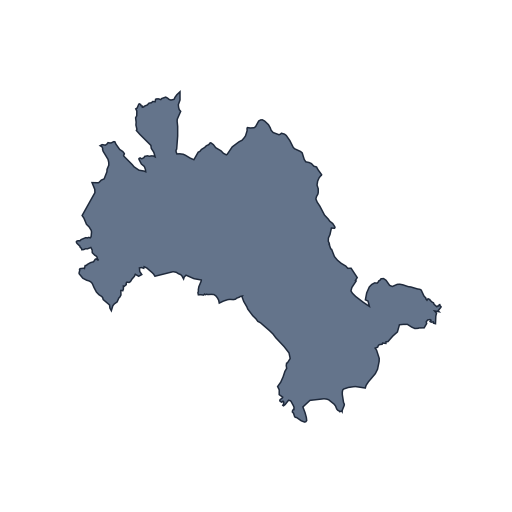 Xochiatipan, Hidalgo, Mexico, rotated 119°
{"feature_id": "50627088B51717309851440", "entity_name": "Xochiatipan", "entity_type": "district", "adm_level": 2, "iso_a3": "MEX", "parent_name": "Mexico", "parent_adm1": "Hidalgo", "projection": "natural_earth1", "projection_center": [-98.279, 20.863], "detail": "fine", "context": "isolated", "style": "filled", "palette": "slate", "viewbox_px": 512, "rotation_deg": 119, "n_neighbors": 0, "source": "geoboundaries", "source_scale": "gbopen_adm2", "svg_char_len": 6115}
<svg xmlns="http://www.w3.org/2000/svg" viewBox="0 0 512 512"><g transform="rotate(119 256 256)"><path d="M205.7,95.0L205.7,96.5L206.5,98.7L208.0,105.5L209.0,108.0L210.0,113.6L211.0,116.6L212.3,118.7L216.6,122.0L216.9,124.9L214.2,130.5L213.9,133.5L215.3,135.6L217.3,135.9L218.3,136.6L219.7,136.5L221.0,136.9L222.0,139.2L224.8,141.0L228.2,141.9L234.6,141.3L241.3,139.1L241.1,136.2L245.1,132.4L244.5,139.7L243.1,149.2L241.8,153.7L240.5,156.0L237.1,156.9L229.3,156.3L229.2,157.2L225.8,157.0L220.6,166.9L222.3,169.8L221.3,172.5L221.1,178.0L220.2,182.7L218.5,187.1L213.5,193.1L213.5,194.1L210.5,197.5L210.4,197.3L209.3,198.2L208.1,199.9L205.1,201.4L201.4,201.7L195.0,203.6L193.7,200.8L192.9,200.7L192.2,201.3L190.4,204.6L189.8,208.4L188.7,210.6L187.0,215.9L181.4,224.4L179.3,228.5L177.1,231.3L174.7,231.9L171.7,231.9L170.0,232.5L167.0,234.2L164.4,237.0L160.6,238.4L157.1,238.7L154.4,238.3L153.9,237.9L153.1,238.0L150.3,243.9L148.8,246.2L149.4,249.0L148.3,252.3L148.5,254.9L149.5,258.1L148.2,260.6L143.4,265.6L143.0,267.7L143.5,274.3L142.9,276.2L138.7,282.3L135.9,288.0L135.6,290.2L136.3,293.3L137.6,293.7L138.8,294.7L139.7,300.9L138.7,303.7L136.9,305.8L135.1,308.8L133.8,313.8L133.8,316.4L134.6,317.8L136.6,319.1L143.0,319.1L144.7,319.8L146.8,323.0L147.8,325.7L148.5,325.8L150.8,324.5L156.1,323.4L158.6,323.7L161.5,324.3L164.3,326.2L172.1,329.7L181.1,330.5L181.9,331.0L182.0,334.3L181.0,337.5L180.8,343.8L179.3,347.2L178.9,350.2L179.2,350.9L181.5,351.3L183.7,352.9L185.9,353.5L189.3,355.4L191.7,355.8L193.2,356.9L201.9,357.0L202.3,361.1L202.1,366.6L202.3,369.0L203.6,372.3L205.1,374.7L203.6,376.4L202.3,377.2L201.0,377.2L189.2,382.6L180.7,387.3L176.4,390.3L174.5,391.2L166.0,392.0L165.2,394.1L163.6,395.7L161.3,397.3L156.4,398.1L149.2,402.1L153.3,403.4L156.6,403.8L158.5,403.6L159.0,403.9L160.9,406.1L161.2,408.0L160.8,409.8L160.8,412.0L164.1,414.9L165.4,415.1L165.8,417.4L166.8,419.1L167.6,419.8L170.0,419.0L170.9,421.2L172.7,421.8L174.2,423.7L176.6,424.3L179.0,426.2L180.2,426.5L181.0,427.5L180.0,428.0L180.3,429.5L179.4,430.3L179.5,431.9L180.2,432.1L184.2,431.7L185.6,432.5L186.9,430.6L188.3,429.8L191.2,428.3L193.5,428.3L197.1,425.7L199.7,424.5L202.9,421.6L204.2,421.5L205.9,416.7L210.2,401.6L212.6,399.8L214.9,395.6L218.2,392.3L218.3,394.3L219.2,396.1L220.5,397.6L221.0,399.5L222.9,401.7L224.1,401.6L225.9,402.7L226.5,403.5L226.4,404.9L227.5,405.6L228.2,405.2L231.1,400.9L231.8,397.3L232.3,396.5L234.0,394.6L235.8,393.3L236.0,395.1L237.7,400.0L237.1,406.0L236.1,408.5L232.8,419.9L232.1,420.6L230.5,420.6L230.2,420.9L229.2,423.2L228.9,426.9L226.1,432.7L224.5,434.9L225.1,436.0L227.1,437.3L227.9,438.4L228.6,440.4L230.2,440.6L232.1,441.5L233.2,444.6L235.1,445.8L235.2,443.6L236.2,442.3L237.1,441.9L238.5,440.5L243.2,432.3L245.5,430.2L247.9,428.8L252.4,428.3L254.7,427.2L262.2,426.2L264.6,428.1L267.8,429.0L268.5,429.6L271.3,435.0L275.9,429.3L278.7,427.6L304.9,427.7L306.3,424.9L310.5,419.6L311.5,416.0L313.5,412.5L314.7,411.5L319.0,409.6L320.5,409.8L320.8,411.3L321.9,412.2L322.5,413.8L326.4,416.9L328.1,417.4L328.9,419.0L329.8,419.9L330.8,420.0L331.7,418.8L332.8,414.8L333.6,414.0L334.0,412.3L335.0,411.4L334.0,409.9L332.2,408.5L331.5,406.9L328.6,404.6L330.2,402.2L332.5,400.8L333.5,397.3L333.5,395.9L334.1,394.4L335.2,393.5L336.2,391.6L336.1,394.5L336.7,395.0L339.8,395.3L342.0,397.5L345.4,399.6L346.3,399.6L347.2,400.8L350.1,400.0L350.1,400.6L352.3,403.7L353.2,403.9L353.8,403.3L356.7,402.5L357.3,402.0L359.4,396.7L359.3,392.3L358.8,390.3L358.7,388.3L359.1,386.6L359.7,385.5L362.1,382.4L364.9,378.1L366.0,374.6L366.2,371.4L366.7,370.0L368.2,368.5L369.8,360.4L372.4,358.5L374.0,356.0L368.9,357.1L366.6,356.7L363.5,355.2L359.2,355.6L358.1,355.2L355.6,355.2L351.7,357.5L351.2,356.7L351.0,355.7L349.3,355.9L346.6,357.4L346.6,356.6L344.0,355.6L342.6,356.4L341.4,356.2L340.7,354.2L339.2,353.4L336.5,353.3L332.7,352.5L330.5,352.7L330.6,348.8L327.6,346.9L325.9,350.2L322.9,352.2L321.6,350.5L321.2,348.2L319.6,348.7L319.4,345.8L320.9,338.7L321.5,336.7L322.7,334.6L309.9,320.9L308.9,317.8L309.1,315.2L308.8,313.0L309.2,311.3L311.2,308.2L309.2,308.6L306.7,307.9L305.9,299.3L303.5,292.2L304.3,291.8L310.6,291.1L313.5,290.1L314.7,289.3L316.3,289.0L317.9,287.6L316.6,285.5L315.6,282.9L314.3,282.6L314.4,281.5L313.3,280.6L313.1,279.5L311.1,276.3L310.1,274.0L310.4,271.6L311.4,269.3L312.8,267.2L315.0,265.3L311.3,262.7L307.9,259.6L306.6,257.8L305.1,254.6L303.7,253.0L302.3,252.5L299.9,250.5L299.1,250.2L297.6,248.5L298.4,248.5L301.7,244.7L305.0,239.2L306.4,237.5L309.8,229.9L311.0,225.5L312.3,222.7L312.2,219.8L314.7,208.1L316.0,203.3L317.9,199.1L321.6,187.5L324.8,180.1L329.1,176.4L334.2,176.7L334.9,177.3L337.2,176.4L339.4,174.7L342.8,174.8L348.6,173.7L354.3,173.2L359.7,173.8L361.8,170.8L366.0,168.5L366.5,164.2L367.6,164.2L369.9,165.3L371.1,165.0L371.4,164.3L371.4,162.6L369.9,162.0L370.0,161.4L370.8,160.6L372.3,160.1L373.6,160.2L373.7,159.3L371.8,158.5L366.4,157.6L365.9,155.8L366.2,154.8L368.9,150.6L369.9,149.4L371.9,148.4L372.1,148.9L373.3,149.1L374.8,148.6L375.3,147.0L377.8,144.3L378.0,143.4L377.6,142.1L378.2,136.5L377.7,133.0L376.8,132.1L375.3,131.9L372.8,133.7L369.4,137.0L365.3,141.8L356.1,138.8L347.9,127.3L346.9,124.8L346.5,122.8L347.7,115.9L348.6,113.8L350.7,111.2L351.3,109.6L351.2,108.2L351.6,107.3L350.0,105.9L350.4,105.2L349.0,105.8L344.1,106.4L342.8,106.9L341.7,108.4L335.4,113.3L333.1,114.6L331.0,115.2L329.8,114.8L326.3,111.6L323.0,107.3L321.9,105.6L318.5,96.4L315.9,97.0L311.6,96.7L301.1,94.6L296.1,94.8L288.5,97.2L285.8,98.6L280.0,104.8L278.8,107.1L276.8,105.4L274.7,105.6L273.5,104.9L272.1,102.9L270.8,103.1L269.5,100.0L268.0,100.7L266.9,99.1L259.6,97.5L253.9,95.5L246.6,97.2L244.5,94.2L242.4,90.5L242.7,85.3L242.4,81.9L240.7,79.2L239.8,78.4L237.3,74.1L232.3,74.0L231.1,75.2L228.8,74.9L227.2,73.0L227.3,71.8L228.9,72.0L228.9,70.6L227.7,69.0L228.7,68.2L228.2,66.2L221.4,69.6L218.5,70.4L217.5,73.1L216.0,68.9L215.6,70.2L211.2,69.4L210.6,69.6L210.3,70.9L209.4,71.7L209.7,72.1L210.2,71.9L211.4,72.3L211.7,72.9L212.7,73.2L212.0,76.7L210.9,78.1L211.0,79.3L210.3,82.4L209.8,82.8L210.0,84.8L211.8,85.0L211.1,86.7L210.5,86.9L209.5,89.8L205.7,95.0Z" fill="#64748b" stroke="#1e293b" stroke-width="1.5"/></g></svg>